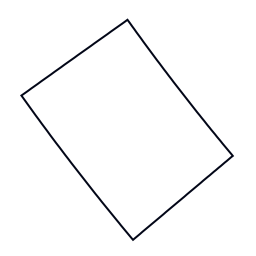 the border of Colorado, rotated 52°
{"feature_id": "USA-3522", "entity_name": "Colorado", "entity_type": "State", "adm_level": 1, "iso_a3": "USA", "parent_name": "United States of America", "parent_adm1": "", "projection": "orthographic", "projection_center": [-105.117, 39.0], "detail": "fine", "context": "isolated", "style": "outline", "palette": "ink", "viewbox_px": 256, "rotation_deg": 52, "n_neighbors": 0, "source": "natural_earth", "source_scale": "10m", "svg_char_len": 2068}
<svg xmlns="http://www.w3.org/2000/svg" viewBox="0 0 256 256"><g transform="rotate(52 128 128)"><path d="M42.4,61.8L46.3,61.9L50.2,62.1L54.0,62.2L57.9,62.4L61.7,62.5L65.6,62.6L69.5,62.8L73.3,62.9L77.2,63.0L81.0,63.1L84.9,63.2L88.8,63.3L92.6,63.4L96.5,63.4L100.3,63.5L104.2,63.6L108.1,63.6L111.9,63.7L115.8,63.7L119.7,63.8L123.5,63.8L127.4,63.8L131.3,63.8L135.1,63.8L139.0,63.8L142.8,63.8L146.7,63.8L150.6,63.8L154.4,63.8L158.3,63.8L162.2,63.7L165.2,63.7L169.0,63.6L171.9,63.6L174.8,63.6L177.7,63.5L180.7,63.5L183.6,63.4L186.5,63.3L189.5,63.3L192.4,63.2L195.3,63.1L198.2,63.1L201.2,63.0L204.1,62.9L207.0,62.8L209.9,62.7L212.9,62.6L214.5,62.6L214.5,64.6L214.6,66.6L214.7,68.7L214.8,70.7L214.8,72.7L214.9,74.8L215.0,76.8L215.1,78.9L215.1,80.9L215.2,82.9L215.3,85.0L215.3,87.0L215.4,89.0L215.5,91.1L215.6,93.1L215.6,95.1L215.7,98.2L215.8,101.2L216.0,104.3L216.1,107.4L216.2,110.4L216.3,113.5L216.4,116.5L216.5,119.6L216.6,122.6L216.8,125.7L216.9,128.7L217.0,131.8L217.1,134.9L217.2,137.9L217.3,141.0L217.4,144.0L217.5,147.1L217.6,150.1L217.8,153.2L217.9,156.2L218.0,159.3L218.1,162.4L218.2,165.4L218.3,168.5L218.4,171.5L218.5,174.6L218.6,177.6L218.7,180.7L218.9,183.7L219.0,186.8L219.1,189.8L219.2,192.9L216.7,193.0L213.5,193.1L210.2,193.2L207.0,193.3L203.8,193.4L200.6,193.5L197.4,193.5L194.2,193.6L189.3,193.7L184.3,193.8L179.4,193.9L174.5,194.0L169.6,194.1L164.7,194.1L159.7,194.2L154.8,194.2L149.9,194.2L145.0,194.2L140.1,194.2L135.1,194.2L130.2,194.2L125.3,194.2L120.4,194.2L115.5,194.1L110.5,194.1L105.6,194.0L100.7,193.9L95.8,193.9L90.9,193.8L86.0,193.7L81.0,193.5L76.1,193.4L71.2,193.3L66.3,193.1L61.4,193.0L56.5,192.8L51.5,192.6L46.6,192.4L41.7,192.2L36.8,192.0L37.0,188.0L37.2,183.9L37.3,179.8L37.5,175.8L37.7,171.7L37.8,167.6L38.0,163.5L38.2,159.5L38.4,155.4L38.5,151.3L38.7,147.3L38.9,143.2L39.0,139.1L39.2,135.0L39.4,131.0L39.6,126.9L39.7,122.8L39.9,118.8L40.1,114.7L40.3,110.6L40.5,106.5L40.6,102.5L40.8,98.4L41.0,94.3L41.2,90.2L41.4,86.2L41.5,82.1L41.7,78.0L41.9,74.0L42.1,69.9L42.3,65.8L42.4,61.8Z" fill="none" stroke="#020617" stroke-width="2"/></g></svg>